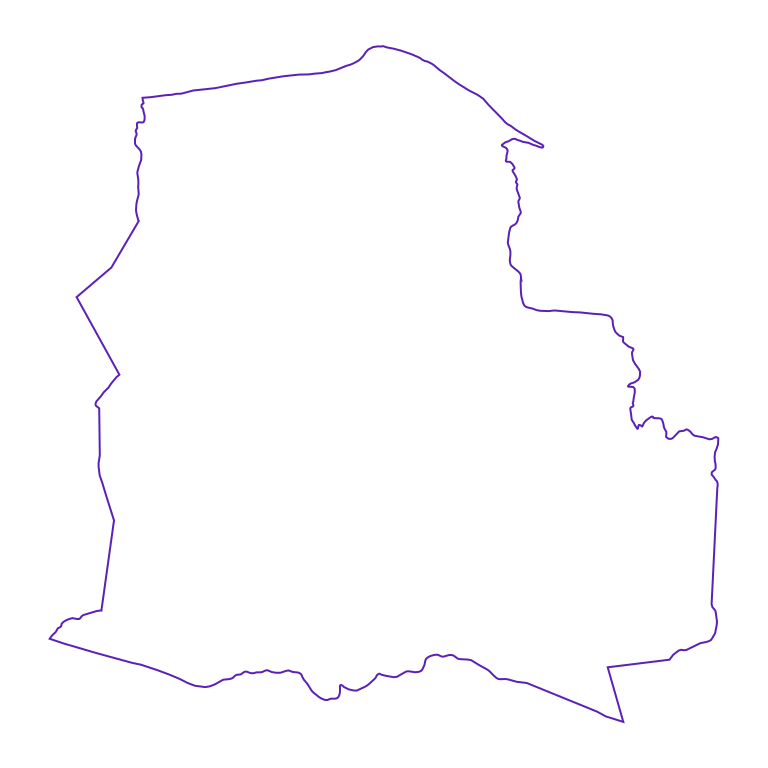 Jutiapa, Atlántida, Honduras
{"feature_id": "27666195B3977655085649", "entity_name": "Jutiapa", "entity_type": "district", "adm_level": 2, "iso_a3": "HND", "parent_name": "Honduras", "parent_adm1": "Atlántida", "projection": "robinson", "projection_center": [-86.444, 15.694], "detail": "fine", "context": "isolated", "style": "outline", "palette": "violet", "viewbox_px": 768, "rotation_deg": 0, "n_neighbors": 0, "source": "geoboundaries", "source_scale": "gbopen_adm2", "svg_char_len": 6043}
<svg xmlns="http://www.w3.org/2000/svg" viewBox="0 0 768 768"><path d="M49.7,638.8L64.4,643.7L96.5,653.1L132.3,662.9L141.0,664.7L157.8,670.3L169.6,674.7L179.4,678.8L187.9,683.1L195.1,685.8L205.3,687.1L209.9,686.3L214.8,684.4L222.8,679.9L224.0,679.6L229.5,679.1L231.4,678.5L232.6,678.0L235.3,675.5L236.8,674.8L240.7,674.4L244.3,671.9L245.6,671.6L246.9,671.7L250.2,673.0L252.1,673.3L254.0,673.1L256.7,672.3L260.7,672.3L262.3,672.0L265.0,670.7L266.3,670.3L267.7,670.3L271.6,672.0L275.5,672.7L278.1,672.8L280.7,672.7L286.0,670.9L288.5,670.4L291.3,671.5L293.1,672.0L297.9,672.5L299.5,673.1L300.8,674.0L301.8,675.3L302.4,677.1L303.8,679.6L307.5,684.0L311.7,690.8L313.6,692.7L318.8,696.9L321.0,698.3L324.8,699.9L327.4,700.0L330.8,698.7L335.2,698.7L337.1,698.2L338.5,696.8L339.4,694.7L339.9,692.9L340.0,688.3L339.9,686.1L340.2,685.3L341.2,685.0L342.5,685.6L343.8,686.9L348.8,689.4L354.3,690.6L356.9,690.5L363.4,687.5L366.0,686.2L368.6,684.4L374.9,678.6L375.8,677.5L376.9,675.2L378.5,673.9L379.4,673.7L382.0,674.9L386.9,676.0L394.0,677.2L396.9,676.8L405.8,671.7L407.4,671.3L409.1,671.3L414.6,672.2L417.9,672.0L419.2,671.7L421.4,670.7L422.5,669.2L424.5,664.8L425.2,661.1L425.9,659.2L427.3,657.7L430.2,656.1L433.2,655.2L436.0,654.7L437.8,654.8L441.9,656.6L443.7,656.6L448.7,655.1L451.0,655.0L452.9,655.3L454.2,656.0L457.4,658.4L459.2,659.1L468.3,659.6L471.2,660.2L479.5,665.3L487.2,669.5L489.5,671.2L493.3,675.2L496.5,678.0L498.5,679.0L500.6,679.2L505.3,679.0L508.1,679.4L516.8,681.8L526.8,683.0L597.2,711.7L605.8,716.4L623.3,721.9L607.7,667.3L669.5,659.7L673.2,654.8L678.6,650.6L681.1,649.8L683.7,650.2L686.1,650.1L700.4,643.1L705.4,642.2L708.3,641.4L711.0,640.0L712.7,637.4L715.1,633.2L716.7,625.1L717.0,621.7L715.8,612.7L715.2,610.4L712.4,607.1L711.6,604.2L717.3,488.0L717.7,484.8L717.5,482.9L716.7,480.9L715.5,479.8L714.2,477.6L711.8,474.8L711.6,473.8L711.8,472.6L712.1,472.0L715.0,469.6L715.6,468.6L715.6,465.5L715.4,463.3L714.9,461.5L714.6,456.9L715.1,452.2L716.6,448.7L718.0,444.5L718.3,438.3L717.8,437.7L715.6,437.0L712.1,438.9L709.3,439.3L703.2,437.3L694.9,435.8L693.0,434.8L690.1,431.4L687.7,429.7L686.5,429.4L683.6,430.8L679.3,431.3L672.7,438.1L671.2,438.8L669.3,438.9L667.9,438.4L666.1,436.9L666.4,432.1L664.2,428.0L663.6,425.6L663.5,424.3L662.7,421.6L661.8,419.4L660.9,418.7L659.3,418.3L654.0,418.1L653.3,417.8L653.1,416.9L652.5,416.6L651.5,416.7L650.4,417.3L645.9,420.6L644.0,422.8L642.3,426.4L641.8,426.4L641.1,425.6L640.2,425.2L639.2,424.9L638.8,425.1L638.5,425.7L637.9,428.4L637.6,428.8L637.3,428.7L635.4,426.0L634.0,423.3L631.7,419.7L631.2,415.1L630.3,409.1L630.4,408.2L630.8,407.4L632.8,406.6L633.4,405.8L633.3,404.9L632.9,403.8L632.8,402.9L633.3,401.5L633.8,397.5L634.7,393.1L634.8,390.3L634.7,389.2L634.2,387.9L632.9,386.9L628.9,386.7L628.2,386.6L628.0,386.3L628.7,385.1L630.5,383.6L634.6,382.3L638.4,379.6L639.3,377.9L639.9,376.0L640.1,371.6L638.7,368.8L635.1,363.9L633.0,360.2L632.1,354.6L632.0,353.0L632.2,352.0L633.4,349.7L633.3,348.7L632.5,348.2L628.5,346.5L623.6,342.4L623.0,341.3L623.2,337.7L623.1,337.1L619.2,335.6L615.5,332.1L614.6,330.3L613.3,326.4L612.7,322.7L612.7,320.5L612.5,319.9L611.3,317.8L609.8,316.4L608.5,315.7L607.0,315.3L600.8,314.3L592.3,313.7L580.0,312.4L572.4,312.1L556.2,310.6L554.0,310.5L548.6,311.1L540.1,310.8L536.9,310.2L532.2,308.5L526.6,307.2L525.2,306.3L524.3,305.4L523.1,302.9L521.6,297.4L521.2,294.8L520.9,291.4L520.6,281.9L520.9,278.7L521.2,279.1L520.7,274.8L520.1,273.5L518.4,271.6L512.3,266.6L511.2,265.5L510.6,264.6L510.1,262.5L509.8,260.0L510.4,255.1L510.4,251.3L509.9,249.0L508.2,244.7L507.8,242.6L509.1,232.5L510.3,227.8L511.3,226.5L515.3,224.2L516.4,223.1L517.7,220.4L518.4,216.6L520.8,213.0L520.7,211.7L519.3,207.6L518.4,202.2L518.4,201.0L519.7,198.6L519.8,197.7L516.7,189.2L516.7,187.6L517.4,184.3L516.0,182.4L515.9,181.9L517.0,179.4L515.4,175.6L513.0,171.8L512.5,170.7L512.7,170.0L514.3,168.7L514.5,168.1L514.4,167.3L512.5,164.1L510.4,162.1L509.5,161.8L506.7,161.7L505.9,161.2L505.9,160.2L506.4,158.9L506.5,155.6L507.5,151.8L507.6,150.4L507.0,149.2L506.2,148.0L502.6,146.2L502.0,145.7L501.9,145.1L502.1,144.7L505.4,142.3L508.5,141.3L512.2,139.1L514.5,138.8L515.5,139.0L517.3,140.0L519.4,140.5L522.8,141.8L528.7,142.9L533.5,145.0L535.5,145.5L539.9,147.2L542.5,147.6L543.2,146.8L543.3,145.9L542.6,145.1L541.4,144.3L534.5,140.9L526.7,136.1L518.7,131.5L515.1,129.2L511.1,126.1L507.4,124.1L504.9,122.0L501.9,118.5L488.9,105.3L483.2,98.7L477.7,94.9L468.9,90.4L459.1,84.3L454.6,81.2L444.3,73.3L439.7,70.1L434.9,66.0L432.1,63.9L427.3,61.5L424.8,61.0L421.8,59.5L420.4,58.2L419.3,57.6L411.7,54.3L401.2,50.7L393.7,48.7L386.8,47.4L383.0,46.1L381.4,46.5L377.7,46.4L373.0,47.1L368.2,49.6L365.9,52.0L363.3,55.9L360.2,59.2L358.2,60.8L353.6,63.3L350.0,64.8L346.1,65.9L335.8,70.1L329.1,71.7L325.8,72.2L321.9,73.1L315.0,73.6L308.8,74.4L298.8,74.6L283.1,76.3L268.4,78.7L262.0,80.2L256.6,80.7L244.4,82.7L237.0,83.7L214.9,88.2L193.2,90.5L181.2,93.7L176.5,93.8L171.7,94.8L165.6,95.2L150.5,97.2L142.5,97.8L142.8,100.3L143.6,103.0L143.2,103.6L141.9,104.4L141.6,105.0L141.5,106.6L141.8,107.6L142.4,107.9L143.1,109.3L144.0,113.6L144.5,115.3L144.7,116.3L144.5,120.1L143.8,121.8L142.7,122.5L138.9,122.3L137.8,122.6L137.0,123.3L136.9,124.4L137.2,128.2L136.0,129.9L135.7,130.9L136.6,133.8L136.6,134.7L135.5,137.4L135.0,139.1L135.0,143.2L135.3,144.5L136.2,145.8L139.4,149.2L140.9,151.5L141.4,154.2L141.2,159.8L138.9,166.2L137.4,171.9L137.4,173.9L138.3,179.5L138.4,184.3L138.1,186.6L138.7,193.2L138.6,194.9L136.9,201.3L136.4,204.2L136.0,210.0L136.3,212.5L137.0,215.6L138.2,220.0L138.8,220.9L111.4,267.5L76.6,297.1L119.4,374.7L116.5,377.1L111.1,383.6L108.4,387.7L103.6,392.4L101.1,396.0L96.3,401.5L95.5,404.0L95.6,405.0L96.1,405.9L99.2,408.3L99.8,455.4L98.6,463.0L98.6,466.8L99.7,475.5L102.1,482.2L105.9,494.8L114.0,520.4L101.4,610.6L100.2,610.5L96.5,611.1L83.5,615.0L81.8,616.1L80.1,618.4L79.2,619.0L76.8,619.0L72.4,618.1L68.4,619.3L65.7,620.5L63.7,621.8L62.1,623.2L61.5,624.1L61.4,625.5L60.8,626.6L60.0,627.3L58.7,627.8L57.7,628.5L55.8,631.9L51.7,635.9L49.7,638.8Z" fill="none" stroke="#5b21b6" stroke-width="2"/></svg>